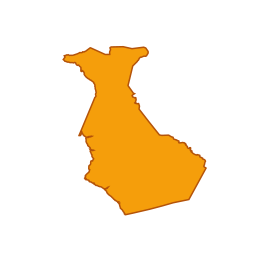 map outline of Ontario (Equal Earth projection), rotated 204°
{"feature_id": "CAN-682", "entity_name": "Ontario", "entity_type": "Province", "adm_level": 1, "iso_a3": "CAN", "parent_name": "Canada", "parent_adm1": "", "projection": "equal_earth", "projection_center": [-83.246, 49.265], "detail": "fine", "context": "isolated", "style": "filled", "palette": "amber", "viewbox_px": 256, "rotation_deg": 204, "n_neighbors": 0, "source": "natural_earth", "source_scale": "10m", "svg_char_len": 5662}
<svg xmlns="http://www.w3.org/2000/svg" viewBox="0 0 256 256"><g transform="rotate(204 128 128)"><path d="M87.8,138.0L85.5,137.7L85.1,137.7L84.5,137.6L83.3,137.9L82.7,137.5L82.1,136.7L81.7,136.5L78.8,136.8L78.6,136.7L78.2,136.8L77.8,136.6L76.4,136.8L76.1,136.7L75.9,136.0L75.6,135.7L75.7,135.4L75.4,135.2L75.0,135.3L73.8,135.9L72.0,137.1L71.2,137.1L70.7,137.4L70.2,137.2L69.5,137.2L69.4,137.2L69.4,136.8L68.5,136.7L68.3,136.5L68.5,136.3L68.1,135.8L67.2,135.6L66.2,135.2L66.0,134.9L65.7,134.2L64.8,134.0L63.7,134.2L63.5,134.4L63.6,135.1L63.3,135.3L62.9,135.4L62.2,134.2L62.2,133.5L62.0,133.1L61.7,133.0L60.6,133.0L60.3,133.0L60.1,132.8L60.2,132.6L60.9,132.4L60.8,132.0L58.8,131.5L58.3,131.2L55.7,131.0L54.1,131.3L54.0,131.8L53.7,131.9L51.5,132.2L51.3,132.2L51.1,131.9L50.9,131.1L50.6,130.9L47.6,130.8L47.5,130.7L47.4,130.3L47.2,130.1L45.3,130.2L44.7,130.0L43.9,129.4L43.7,129.1L43.8,128.0L43.2,125.3L43.3,124.8L43.1,123.8L42.4,123.4L41.9,123.3L40.9,123.3L40.4,123.1L43.3,87.4L56.3,78.1L65.0,70.8L75.2,62.6L88.7,52.4L95.0,47.8L95.4,47.7L95.7,47.9L96.0,48.0L95.8,48.2L96.7,48.7L97.3,49.3L98.2,49.6L99.1,50.3L99.3,50.4L99.8,50.8L101.9,51.5L102.4,51.7L102.6,52.2L103.3,52.9L104.3,54.1L104.4,54.4L104.7,54.6L105.1,55.0L105.3,55.2L105.3,55.3L105.0,55.7L105.1,55.9L105.4,55.5L106.0,55.5L106.1,55.8L107.1,55.9L107.2,56.1L107.0,56.5L107.4,56.3L109.4,56.7L110.0,56.6L110.1,56.8L110.9,56.8L111.3,57.1L112.1,57.2L113.1,57.7L114.8,58.3L115.4,58.6L118.4,59.2L119.5,59.7L120.1,59.8L120.2,60.0L121.0,60.5L122.0,61.5L123.4,62.0L124.5,62.3L124.6,62.5L123.9,62.9L123.7,63.2L123.3,63.5L122.9,64.2L122.4,64.6L122.4,65.0L122.2,65.7L122.6,65.3L122.9,64.5L123.9,63.3L124.3,63.1L125.1,62.8L125.9,62.8L128.5,63.3L129.0,63.2L130.1,62.9L131.6,62.8L132.8,63.0L133.9,62.5L135.2,62.9L135.5,63.1L135.6,63.3L135.5,63.5L135.8,63.2L136.1,63.4L136.4,63.4L136.8,63.8L136.6,64.1L136.8,64.4L136.7,64.2L136.9,63.9L136.7,63.7L136.7,63.4L135.9,63.2L135.6,63.0L135.8,62.9L136.7,63.1L137.5,63.3L139.5,63.5L139.8,63.7L141.0,63.3L141.5,63.3L141.9,63.5L142.1,64.0L141.7,64.6L141.8,64.5L142.2,64.1L143.1,64.3L144.1,64.0L144.7,64.2L144.9,64.2L145.0,64.0L145.9,64.5L145.9,64.8L146.6,65.0L146.5,64.6L146.4,64.0L147.2,64.5L146.9,65.4L147.2,65.8L147.0,66.3L147.2,66.8L147.5,66.9L147.6,67.3L146.7,69.8L146.2,70.8L145.9,71.7L145.7,71.9L145.7,72.3L145.8,72.4L145.8,73.4L146.3,74.0L146.2,74.3L146.7,74.3L147.3,74.9L148.3,77.4L148.1,78.1L147.7,78.8L147.5,79.5L147.6,80.3L148.1,81.3L148.4,82.6L148.2,83.0L147.3,83.4L147.4,83.5L147.0,84.4L146.9,85.2L147.1,85.6L146.9,85.9L147.5,86.3L148.4,86.7L149.0,87.1L149.5,87.6L149.6,87.8L149.7,88.1L150.0,88.8L150.9,89.3L152.0,90.5L152.9,91.1L153.0,91.3L152.8,91.5L153.0,92.1L153.6,92.6L152.6,92.5L151.6,92.9L151.4,93.2L151.1,93.0L150.9,93.1L150.5,93.3L150.8,93.2L150.9,93.3L150.4,93.7L150.8,93.7L151.5,93.3L153.4,93.3L153.8,93.5L154.4,94.4L154.7,94.7L155.4,94.8L156.3,95.3L156.8,95.2L157.1,95.5L157.7,95.7L158.2,96.6L158.4,96.8L159.0,96.9L159.1,97.1L160.0,97.7L160.9,98.7L160.9,98.9L161.6,100.5L161.8,100.8L162.2,101.1L162.3,102.3L160.7,103.0L160.1,103.5L159.8,104.1L158.8,104.5L158.4,105.1L157.8,105.4L157.6,105.7L158.2,105.5L158.3,105.7L158.1,105.9L158.4,105.7L158.7,105.0L158.9,104.7L159.6,104.6L160.2,104.4L160.4,104.1L160.9,103.8L161.2,103.3L162.5,102.5L164.2,102.9L165.0,103.0L165.3,103.3L166.0,103.4L166.5,103.9L168.0,104.7L168.3,105.4L169.4,106.2L169.8,106.6L170.6,139.7L170.7,142.1L170.7,142.4L170.3,143.3L170.2,143.7L170.4,144.3L171.4,145.6L171.5,146.1L171.4,147.1L171.6,147.6L172.2,148.4L172.8,149.4L173.9,150.5L174.5,151.8L174.7,152.1L175.2,152.5L175.4,153.2L175.7,153.7L176.3,154.4L177.5,155.1L177.8,155.7L180.3,156.3L181.0,156.4L181.2,156.6L181.8,156.5L183.0,156.6L183.5,156.9L184.6,156.9L186.9,157.5L188.5,158.3L189.5,158.9L190.1,159.5L190.1,160.1L190.6,160.7L191.4,161.3L192.7,161.8L193.2,161.8L193.3,161.6L193.2,161.0L193.2,160.8L193.6,160.7L194.1,160.8L194.4,161.1L194.5,162.0L194.7,162.4L195.1,162.6L195.2,163.3L195.7,164.2L195.9,164.3L197.6,164.8L198.3,165.3L198.7,165.4L199.0,165.2L199.4,164.8L200.2,164.7L200.8,164.9L201.6,165.4L202.3,166.2L202.7,166.3L203.4,166.2L204.0,165.4L204.8,165.3L206.7,164.6L207.4,164.2L209.3,164.0L210.3,163.5L211.7,163.6L212.8,163.3L213.6,163.8L214.4,164.0L215.0,164.2L214.4,167.1L215.6,168.1L215.1,168.5L214.5,168.8L214.2,169.2L214.1,169.6L213.0,170.1L212.5,170.6L210.9,170.5L209.6,171.3L209.0,171.4L207.8,172.1L204.3,175.3L203.2,176.6L202.9,177.2L201.2,177.9L200.5,178.4L200.3,178.7L200.4,179.1L200.2,179.2L199.0,179.7L198.8,180.1L198.0,180.8L195.2,185.8L194.8,186.0L178.8,185.9L178.3,186.1L174.6,187.8L175.7,189.9L175.8,191.1L175.7,191.9L176.0,192.4L176.0,192.9L176.4,193.3L177.0,193.7L177.1,193.9L177.0,194.3L176.6,194.9L176.1,195.3L165.5,200.3L156.6,202.1L146.5,208.2L144.4,208.3L144.0,208.1L140.9,206.2L140.4,205.4L140.1,204.5L140.1,203.9L140.3,203.2L140.4,201.7L140.8,201.0L141.1,200.7L142.0,200.4L142.9,199.9L144.6,198.1L145.2,197.9L145.6,197.4L146.0,196.3L146.1,195.5L146.0,195.1L146.0,194.9L146.2,194.0L146.6,193.3L146.6,192.5L148.9,186.6L145.3,166.9L144.9,166.5L137.3,162.0L136.0,162.0L136.7,161.0L137.5,159.4L136.6,158.5L136.2,158.3L134.9,158.4L134.3,158.2L134.0,158.3L133.5,158.8L133.2,158.8L132.8,158.3L132.7,157.9L132.2,157.3L132.1,157.1L131.9,156.1L132.0,155.7L131.7,155.1L131.6,154.8L132.0,153.7L131.3,153.5L130.3,154.0L129.9,153.8L129.6,153.8L129.3,153.9L128.7,154.5L128.3,154.6L128.1,154.5L126.4,152.6L125.7,150.1L125.5,149.7L111.7,142.3L96.6,134.5L96.1,134.5L94.1,135.0L88.2,137.9L87.8,138.0ZM169.8,106.4L169.6,106.1L168.6,105.4L168.3,105.1L168.0,104.4L167.9,104.0L168.5,102.8L168.3,102.2L168.3,101.9L168.9,101.6L169.0,101.4L169.7,101.2L169.8,106.4Z" fill="#f59e0b" stroke="#b45309" stroke-width="1.5"/></g></svg>